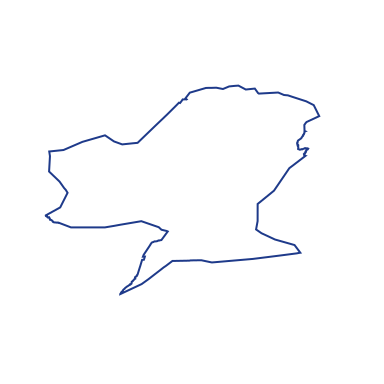 the district of Dovre nor, Oppland, Norway, rotated 160°
{"feature_id": "86288312B94593147545538", "entity_name": "Dovre nor", "entity_type": "district", "adm_level": 2, "iso_a3": "NOR", "parent_name": "Norway", "parent_adm1": "Oppland", "projection": "robinson", "projection_center": [9.548, 62.115], "detail": "fine", "context": "isolated", "style": "outline", "palette": "blue", "viewbox_px": 384, "rotation_deg": 160, "n_neighbors": 0, "source": "geoboundaries", "source_scale": "gbopen_adm2", "svg_char_len": 4637}
<svg xmlns="http://www.w3.org/2000/svg" viewBox="0 0 384 384"><g transform="rotate(160 192 192)"><path d="M294.3,120.6L270.8,122.7L262.6,125.0L244.2,130.9L242.1,131.4L234.0,133.9L218.0,128.4L216.7,128.2L206.6,124.7L197.6,119.1L196.7,118.8L157.7,108.3L131.9,102.4L114.5,98.5L112.5,98.2L111.0,97.9L113.8,107.1L130.3,119.0L140.8,129.5L144.6,134.9L140.3,142.2L134.4,158.3L114.5,165.2L92.4,181.1L73.2,187.1L73.9,187.5L74.0,187.6L74.0,187.8L73.7,188.0L74.0,188.5L73.9,188.8L73.7,188.9L73.5,189.0L73.3,189.1L73.6,189.3L73.7,189.5L73.4,189.7L72.9,189.9L72.5,190.0L72.3,190.2L72.0,190.5L71.8,190.6L71.6,190.6L71.6,190.8L71.1,191.0L71.0,191.3L71.1,191.5L70.6,191.8L70.3,191.8L70.2,191.9L70.2,192.0L69.9,192.2L69.9,192.3L70.0,192.4L70.0,192.5L69.8,192.5L69.7,192.5L69.4,192.5L69.2,192.6L68.8,192.5L68.7,192.5L68.7,192.8L68.8,193.1L68.7,193.2L68.3,193.3L68.5,193.5L69.2,193.8L69.7,194.0L70.6,194.5L70.9,194.6L71.3,194.5L71.5,194.5L71.9,194.4L72.7,194.5L72.9,194.5L73.5,194.4L73.8,194.4L74.0,194.4L74.2,194.7L74.4,194.8L74.6,194.8L75.7,194.8L76.0,194.8L76.3,194.9L76.4,195.0L76.5,195.2L76.7,195.4L77.5,195.9L77.6,196.0L77.5,196.3L77.3,196.6L77.3,196.8L77.2,197.0L76.8,197.7L76.7,197.8L76.7,198.1L76.9,198.6L76.5,199.0L76.4,199.2L76.1,199.6L76.1,199.8L76.2,200.0L76.3,200.0L76.7,200.0L76.8,200.1L76.9,200.3L76.7,200.6L76.5,201.2L76.5,201.4L76.6,201.6L76.5,201.8L76.2,201.9L76.1,202.0L76.3,202.3L76.2,202.5L75.9,202.8L75.7,202.9L75.6,203.0L75.3,203.4L75.0,203.9L74.8,204.0L74.6,204.1L74.1,204.3L73.5,204.4L72.1,204.8L70.9,205.1L70.8,205.3L70.7,205.4L70.6,205.5L70.4,205.7L70.3,205.8L69.7,206.1L69.4,206.3L69.2,206.4L68.8,206.6L68.6,206.7L68.6,206.9L68.6,207.0L68.5,207.3L68.4,207.4L68.1,207.6L67.6,207.6L67.2,207.8L67.1,208.0L67.1,208.3L66.6,208.8L66.4,208.9L66.2,209.0L65.5,210.7L65.4,210.5L65.0,210.3L64.8,210.3L65.2,210.7L65.3,210.8L65.3,211.1L63.5,216.6L61.5,218.0L60.4,218.6L46.5,219.8L47.9,232.0L53.6,238.1L64.9,246.9L68.8,250.0L72.4,251.7L77.0,256.0L95.5,261.6L96.1,262.4L96.2,262.8L97.6,267.7L106.4,269.9L112.0,276.1L115.5,277.1L121.0,278.5L127.7,278.2L130.7,280.0L133.5,281.7L137.5,283.0L143.2,285.0L152.5,285.6L160.1,286.1L167.0,281.7L165.9,281.4L165.7,281.3L165.5,281.2L165.4,281.0L165.5,281.0L165.6,280.9L166.9,281.5L167.4,281.6L168.5,281.9L169.1,282.2L170.9,280.9L172.8,279.7L173.7,280.4L176.6,279.0L188.9,273.3L204.0,266.7L226.3,256.8L231.3,258.1L241.3,260.6L248.0,266.2L254.2,274.8L254.4,275.0L277.8,276.6L298.4,275.4L312.3,278.9L313.2,274.3L319.3,260.1L312.9,247.1L310.8,239.4L309.9,237.2L309.2,233.8L321.1,222.6L337.1,220.1L337.1,219.9L337.3,219.8L337.5,219.7L337.5,219.4L337.3,219.2L337.2,219.0L337.1,218.9L336.9,218.7L336.7,218.6L336.4,218.5L336.4,218.4L336.2,218.1L336.2,217.9L336.4,217.8L336.4,217.6L336.2,217.3L336.0,217.2L335.9,217.1L335.3,217.1L335.2,217.0L334.9,217.0L334.9,216.9L334.9,216.7L334.8,216.4L334.8,216.1L334.7,215.9L334.7,215.7L334.7,215.3L334.9,215.2L334.9,214.8L334.8,214.7L334.8,214.4L334.4,214.3L334.3,214.2L334.1,214.1L333.8,213.8L333.8,213.7L333.6,213.6L332.8,212.0L333.0,211.8L332.9,211.5L332.5,211.0L332.2,210.8L331.5,210.4L331.4,210.4L331.1,210.2L330.7,210.1L330.4,209.9L329.9,209.7L329.5,209.4L329.3,209.4L329.0,209.3L328.8,209.2L328.6,209.2L328.4,209.0L328.0,208.9L327.9,208.8L327.9,208.7L327.7,208.7L327.4,208.4L317.8,200.1L285.8,188.5L276.7,186.8L270.8,185.8L249.6,181.9L235.3,170.3L233.6,167.0L229.1,164.0L228.3,163.2L237.2,157.3L237.7,157.4L238.8,157.6L239.0,157.6L239.4,157.6L239.5,157.6L239.9,157.9L240.0,157.9L240.6,157.9L241.0,157.7L241.4,157.7L241.9,157.8L242.6,157.9L242.8,157.9L243.6,158.2L244.0,158.4L244.5,158.4L244.8,158.3L245.3,158.2L245.6,158.2L246.1,158.3L246.7,158.3L246.9,158.2L247.3,158.1L248.9,157.0L248.9,156.9L249.0,156.8L258.9,149.5L260.2,148.0L259.2,147.7L258.4,147.4L259.6,145.8L260.4,144.8L262.1,145.3L266.2,139.8L266.7,139.2L271.5,132.9L272.0,132.8L272.1,132.6L272.3,132.4L272.4,132.2L272.5,132.0L273.1,131.7L273.4,131.7L273.5,131.8L273.8,131.8L273.9,131.7L274.1,131.6L274.3,131.4L274.4,131.5L274.6,131.4L274.6,131.2L274.8,131.1L274.8,130.9L274.9,130.6L274.9,130.0L275.5,129.9L275.8,129.9L275.9,129.7L276.1,129.6L277.2,129.1L277.6,129.0L277.8,128.9L277.9,128.7L278.1,128.5L279.0,128.4L279.3,128.3L279.5,127.9L279.7,127.4L279.9,127.2L280.0,126.9L280.2,126.6L280.6,126.6L280.7,126.4L281.1,126.2L281.3,126.2L281.7,126.4L281.8,126.2L282.3,125.9L282.5,126.0L283.3,125.9L283.6,125.8L283.9,125.7L284.2,125.6L285.1,125.4L285.5,125.4L286.5,125.0L287.0,124.9L288.0,124.5L288.3,124.2L288.9,124.0L289.4,123.9L290.1,123.6L290.5,123.1L290.8,122.7L292.0,122.4L292.5,122.1L293.2,121.6L293.4,121.2L293.9,121.0L294.2,120.8L294.3,120.6Z" fill="none" stroke="#1e3a8a" stroke-width="2"/></g></svg>